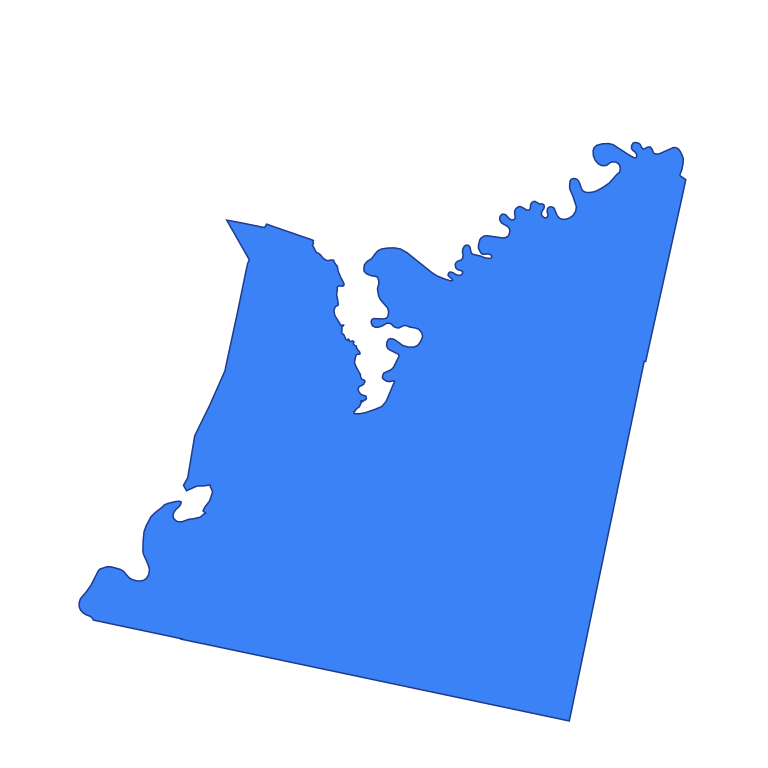 Renmark Paringa, South Australia, Australia, rotated 12°
{"feature_id": "25037944B48526955129661", "entity_name": "Renmark Paringa", "entity_type": "district", "adm_level": 2, "iso_a3": "AUS", "parent_name": "Australia", "parent_adm1": "South Australia", "projection": "orthographic", "projection_center": [140.752, -34.143], "detail": "fine", "context": "isolated", "style": "filled", "palette": "blue", "viewbox_px": 768, "rotation_deg": 12, "n_neighbors": 0, "source": "geoboundaries", "source_scale": "gbopen_adm2", "svg_char_len": 6139}
<svg xmlns="http://www.w3.org/2000/svg" viewBox="0 0 768 768"><g transform="rotate(12 384 384)"><path d="M636.7,121.3L630.4,118.8L629.9,117.9L630.8,112.6L630.7,106.6L630.0,101.5L627.9,98.0L625.1,94.6L623.4,93.2L621.8,92.4L619.4,92.2L617.8,92.6L605.4,101.6L603.1,102.4L600.8,102.4L599.5,101.9L597.8,99.1L596.2,97.4L595.0,96.8L593.5,97.1L592.0,97.9L590.5,99.3L589.3,100.1L588.3,100.1L586.8,99.0L584.6,96.3L583.1,95.6L580.8,95.4L578.9,95.7L577.7,96.4L576.7,98.9L577.1,102.2L579.0,103.9L581.7,105.1L583.1,106.6L583.8,108.5L583.7,109.8L582.9,110.5L581.5,110.7L575.9,109.0L558.2,102.2L553.7,102.1L547.5,103.7L542.4,106.4L540.3,109.3L540.0,112.3L541.4,117.4L544.2,121.3L547.9,124.1L551.0,125.0L553.1,124.9L555.6,124.2L556.4,123.7L559.1,120.6L560.7,119.4L564.4,118.7L566.9,119.5L568.8,120.9L569.8,122.9L570.4,124.6L570.3,127.7L570.0,128.7L569.0,129.5L568.2,130.6L562.6,140.5L557.4,146.0L553.1,149.8L549.8,152.2L546.3,153.6L542.9,154.5L540.2,154.3L538.0,153.5L536.5,151.7L533.5,146.8L532.0,144.9L530.0,143.6L527.7,143.4L526.0,143.8L524.3,145.3L523.8,146.6L524.1,150.0L524.6,152.9L525.6,155.4L529.1,160.0L535.3,170.5L535.6,175.2L533.8,179.9L530.9,183.1L527.1,185.2L523.9,185.8L521.5,185.5L518.4,183.4L513.8,176.6L511.6,175.9L509.7,176.1L508.1,177.3L507.4,179.2L507.7,181.4L509.3,184.5L509.2,185.8L508.8,187.0L507.8,187.8L506.4,188.1L504.8,187.4L502.9,186.0L502.5,184.2L502.7,182.1L504.0,178.9L503.8,176.6L502.9,175.3L501.7,175.0L499.1,175.4L497.8,175.3L493.9,174.0L492.5,174.3L490.9,175.7L490.1,177.9L490.6,181.9L490.1,183.2L489.1,183.9L487.3,184.2L483.0,182.6L480.3,182.1L478.7,182.6L476.6,184.9L475.9,187.4L476.2,189.6L477.8,193.9L477.4,195.6L476.3,196.5L474.4,196.9L472.4,196.4L467.9,193.2L465.6,193.0L464.2,193.4L462.7,195.7L462.8,198.7L463.6,200.2L465.8,202.2L471.9,204.1L473.9,205.5L475.3,207.9L475.3,211.7L474.3,213.9L472.4,215.6L469.3,216.5L453.9,217.5L450.9,218.6L448.6,221.0L447.7,223.2L447.6,229.5L448.3,231.9L451.5,235.7L453.1,236.5L453.9,236.6L459.0,235.1L460.7,235.2L462.2,235.8L462.6,236.4L462.9,237.6L462.6,238.4L461.8,238.9L460.3,239.4L456.3,239.6L452.1,238.8L445.3,238.7L443.1,238.5L441.6,236.7L439.7,232.4L438.2,231.0L436.1,230.8L434.0,232.3L433.0,235.7L433.3,238.7L434.6,241.3L434.7,244.6L434.0,246.4L430.5,248.6L429.2,250.3L428.8,252.2L430.0,255.4L432.2,256.8L436.7,257.3L437.7,257.7L437.8,259.2L437.0,261.0L436.0,261.9L433.9,262.2L431.2,262.0L428.4,260.8L426.2,260.6L425.0,260.9L424.1,262.1L424.0,263.6L424.2,264.7L429.3,267.6L429.5,268.3L429.1,268.9L427.9,269.2L422.2,268.8L413.2,267.2L407.7,265.1L379.3,250.8L372.1,248.5L365.7,248.7L359.2,250.3L353.6,252.4L350.3,255.0L348.2,258.6L345.9,263.9L342.0,267.6L340.0,271.6L340.3,275.2L341.1,277.9L344.0,279.8L348.6,280.7L353.7,280.5L355.2,280.9L356.8,282.8L358.1,286.7L357.8,291.0L357.9,292.6L360.3,298.7L362.9,302.2L371.7,308.9L373.6,312.6L373.7,317.2L372.3,319.4L369.8,320.5L360.5,322.1L358.9,323.2L358.4,324.9L359.0,327.3L360.8,329.6L363.6,330.3L366.8,329.6L370.0,327.7L374.1,324.0L376.3,323.5L378.3,323.6L381.9,325.9L385.0,326.4L386.9,326.1L391.0,322.8L393.2,322.3L394.8,322.3L397.1,323.0L402.9,322.7L406.3,323.2L408.5,324.5L410.6,326.6L411.8,329.4L411.5,332.8L410.1,337.0L408.7,339.4L405.6,341.7L400.3,342.8L394.5,342.5L385.7,338.6L383.4,338.1L380.9,338.2L379.1,339.4L378.2,342.1L378.5,345.9L380.0,348.1L381.9,349.3L391.5,351.8L392.6,352.7L392.9,353.6L389.9,365.6L388.0,368.5L381.5,373.3L380.9,376.0L381.2,378.4L383.0,379.7L386.2,380.8L388.8,380.6L392.8,378.9L393.5,378.9L393.8,379.3L389.7,400.7L386.5,406.5L380.7,410.5L371.6,416.0L366.4,418.1L361.1,419.2L360.2,417.4L361.2,416.6L362.4,413.8L363.3,412.7L364.1,412.2L364.7,411.0L365.6,407.2L365.0,406.0L365.2,405.1L366.2,404.9L366.4,405.7L366.7,405.8L368.0,404.0L368.2,403.5L369.1,403.5L369.8,402.6L369.7,401.3L368.8,399.6L365.2,399.3L363.6,398.9L361.4,397.2L360.3,395.6L359.8,394.3L360.0,392.5L360.7,391.4L363.0,389.7L364.2,388.3L364.8,386.2L364.7,385.0L364.1,384.4L361.7,384.0L360.6,383.2L359.4,381.4L358.9,379.6L352.7,372.5L352.2,371.3L351.0,370.0L350.6,368.8L350.5,364.2L350.7,362.3L351.1,361.1L351.7,360.5L354.1,359.8L354.2,359.3L353.7,358.0L352.9,357.2L351.7,356.4L349.9,354.6L349.1,352.7L347.0,352.2L346.0,351.4L345.6,350.7L345.8,349.0L345.6,348.6L344.1,348.4L342.8,349.2L341.3,349.3L340.8,348.9L340.5,347.7L340.3,347.5L339.5,347.6L339.1,348.5L338.4,348.8L337.5,348.5L336.7,347.0L335.8,346.1L334.7,344.3L331.9,342.7L331.4,338.5L330.9,336.8L332.2,335.4L332.3,334.8L331.7,334.8L329.5,335.5L328.7,335.3L328.1,333.6L325.6,331.5L325.0,330.6L322.5,328.2L321.3,326.5L319.8,322.8L320.1,319.2L320.6,318.2L322.6,316.6L322.8,315.9L320.9,310.6L319.1,306.5L318.8,304.7L318.9,302.7L318.2,299.2L318.6,298.3L319.4,297.4L323.2,296.9L323.8,296.5L324.3,295.4L324.1,294.4L322.1,291.7L319.8,289.1L315.7,283.2L313.9,278.6L310.6,275.9L309.0,273.4L306.6,273.6L303.6,275.0L301.5,274.9L298.2,273.5L294.2,270.4L292.9,269.8L290.2,269.2L287.6,265.8L285.6,263.6L285.1,262.6L285.7,261.5L285.6,260.7L285.0,259.6L284.9,258.9L285.1,258.3L282.3,257.8L251.1,254.0L249.2,253.6L247.7,253.6L235.9,252.0L234.7,255.8L211.9,256.0L196.1,256.4L226.4,290.5L225.6,294.5L225.5,303.1L225.8,342.9L225.6,400.7L225.8,403.6L217.9,441.2L209.6,474.0L211.5,516.4L208.9,524.8L213.1,529.5L214.0,528.7L222.3,522.7L228.7,521.2L233.8,519.3L235.2,519.1L235.3,520.3L237.9,523.8L238.8,525.7L237.7,534.7L234.2,541.9L233.6,545.1L233.3,545.7L236.4,547.5L235.0,548.5L231.9,552.5L225.7,555.4L221.2,556.9L215.1,560.7L211.4,561.5L209.7,561.3L207.5,560.1L205.8,558.7L205.0,556.7L205.0,554.6L205.4,552.7L206.4,550.3L209.5,545.9L210.1,544.0L210.3,542.3L209.8,541.3L208.4,541.2L204.8,542.2L197.3,545.8L194.2,548.0L192.5,550.7L186.8,557.5L183.6,562.4L180.8,572.3L180.0,578.1L180.9,586.6L182.8,597.2L184.1,600.5L190.6,609.4L193.1,613.9L193.5,619.1L192.0,623.6L189.7,626.0L187.0,627.2L183.3,628.0L178.1,627.6L174.6,626.3L167.9,621.2L164.3,620.1L155.6,619.6L152.9,619.9L150.9,620.4L144.6,624.1L143.5,625.7L139.2,641.8L135.8,649.6L131.7,657.0L131.3,661.6L132.3,665.6L134.1,668.1L136.6,670.1L139.8,671.5L145.1,672.4L147.7,673.8L148.8,675.4L239.4,675.3L239.0,675.8L258.5,675.7L635.3,675.1L633.8,307.7L635.3,307.6L636.7,136.5L636.7,121.3Z" fill="#3b82f6" stroke="#1e3a8a" stroke-width="1.5"/></g></svg>